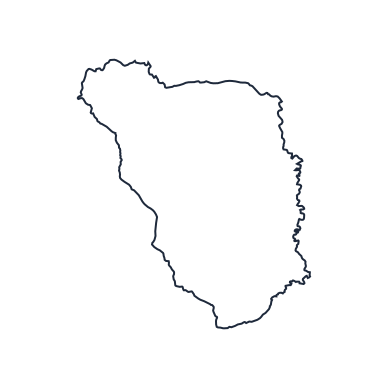 outline of Luro, Lautém, East Timor, rotated 18°
{"feature_id": "22284137B78720484995027", "entity_name": "Luro", "entity_type": "district", "adm_level": 2, "iso_a3": "TLS", "parent_name": "East Timor", "parent_adm1": "Lautém", "projection": "albers", "projection_center": [126.805, -8.55], "detail": "fine", "context": "isolated", "style": "outline", "palette": "slate", "viewbox_px": 384, "rotation_deg": 18, "n_neighbors": 0, "source": "geoboundaries", "source_scale": "gbopen_adm2", "svg_char_len": 5990}
<svg xmlns="http://www.w3.org/2000/svg" viewBox="0 0 384 384"><g transform="rotate(18 192 192)"><path d="M214.7,288.0L215.9,287.4L216.7,287.4L218.8,288.1L219.7,288.1L222.2,286.7L222.8,286.7L225.4,288.7L226.3,289.9L230.9,291.4L233.3,291.9L237.3,292.1L244.0,293.1L244.7,293.5L246.2,293.3L248.0,294.4L248.5,295.5L248.7,298.1L249.3,299.1L252.3,302.5L252.9,302.9L254.2,303.0L254.7,303.8L254.5,305.9L254.7,307.3L255.9,310.6L257.2,312.6L258.5,312.8L260.9,312.2L263.7,312.0L264.7,311.7L268.0,310.4L269.2,308.7L271.3,308.4L274.4,306.0L276.5,303.8L280.0,301.8L280.7,300.8L282.0,299.5L282.7,299.4L284.0,299.9L286.5,297.5L288.9,297.0L293.7,293.3L295.6,291.0L296.4,289.4L297.3,286.7L299.3,284.3L301.4,279.6L301.6,277.4L301.3,276.6L301.6,276.0L301.8,274.7L301.3,271.6L301.5,270.0L300.8,269.9L300.3,269.1L300.9,267.4L302.6,265.6L304.5,265.2L304.1,264.3L304.4,263.6L305.4,262.8L305.3,262.0L306.3,260.9L308.0,260.2L309.7,260.4L309.9,259.7L311.0,258.3L310.6,257.6L310.6,256.4L311.4,254.9L311.1,254.0L310.2,253.1L310.0,252.3L313.2,250.5L314.6,250.1L314.8,249.4L314.9,248.5L313.1,247.9L312.9,247.0L313.4,246.5L314.0,246.2L314.8,246.2L315.4,244.9L317.0,245.0L318.6,245.5L319.1,245.0L321.5,244.2L322.2,244.7L322.5,245.6L326.6,245.0L327.1,244.0L326.6,243.1L324.5,241.3L324.4,240.3L326.2,237.0L327.0,236.3L328.7,238.0L329.9,236.9L330.4,235.8L329.6,234.9L328.9,231.9L327.0,232.2L324.9,231.6L323.4,231.7L322.9,231.4L322.7,230.4L323.3,227.9L323.2,227.2L321.8,224.8L321.5,223.2L320.4,222.3L317.9,221.5L316.8,220.6L315.8,219.1L313.0,217.8L311.4,216.6L309.1,216.1L308.5,215.5L308.3,213.9L308.8,211.6L308.4,211.0L308.2,210.1L309.1,208.5L308.6,205.7L308.0,205.3L305.7,206.7L304.9,207.0L304.4,206.8L304.8,205.1L304.1,204.6L303.2,204.6L302.5,204.2L302.0,203.1L302.0,201.9L302.4,201.0L303.7,200.6L304.1,199.9L304.0,198.9L305.3,197.7L305.3,196.8L304.6,196.6L302.4,197.7L301.7,197.3L301.8,196.3L302.2,195.7L303.3,195.0L306.1,194.8L306.3,193.1L305.6,192.1L304.8,191.6L303.0,191.8L302.4,190.8L302.5,187.9L302.2,185.1L302.4,184.5L304.3,184.7L305.5,184.4L306.2,184.0L306.6,183.3L306.6,182.2L305.8,179.1L305.2,178.4L303.8,178.1L302.7,178.5L301.9,178.4L301.0,176.1L300.4,175.7L300.9,175.1L303.3,174.1L303.9,173.3L303.6,172.7L302.9,172.1L301.1,171.3L300.3,171.4L297.9,172.4L296.0,172.0L296.3,170.5L296.7,169.5L297.0,167.5L296.6,166.9L295.1,166.9L293.9,165.9L293.5,164.1L292.9,163.2L292.9,162.5L294.2,160.8L294.5,159.8L294.6,159.1L294.2,158.2L293.2,157.1L293.3,156.1L294.1,155.3L294.1,152.8L293.7,152.2L292.4,151.8L289.5,152.2L289.4,150.8L290.2,147.7L290.0,146.9L288.8,146.4L286.7,144.7L286.8,143.9L289.1,143.5L289.0,142.7L287.9,142.0L288.0,141.3L288.6,141.0L289.0,140.1L288.8,139.5L287.9,138.5L287.3,138.2L286.4,138.2L284.3,139.2L283.3,139.4L284.3,137.3L286.9,136.7L287.6,136.3L287.7,135.5L287.3,134.7L287.5,133.5L287.1,133.0L286.2,132.8L284.4,133.0L283.2,132.8L286.4,129.1L287.4,128.5L287.2,127.9L285.9,126.9L284.0,126.9L283.0,126.6L281.0,125.3L280.1,125.1L279.3,125.4L278.3,126.2L277.1,129.2L276.1,129.1L275.7,128.2L276.0,126.7L275.2,124.5L271.7,125.2L271.0,124.9L269.6,123.0L269.0,122.7L265.9,123.2L265.1,122.2L264.8,121.0L264.9,120.0L264.4,118.4L264.4,116.3L264.0,114.7L262.7,113.3L260.8,112.6L260.1,110.5L259.8,108.3L259.4,107.1L255.9,103.9L254.4,102.2L254.6,101.2L256.1,99.5L256.5,97.6L256.2,96.8L255.3,95.5L250.8,92.8L249.4,90.7L249.1,89.3L249.5,88.0L250.0,87.4L251.3,86.7L252.0,85.8L251.7,85.0L249.3,83.5L247.9,81.9L247.6,81.2L247.4,80.6L247.9,79.6L248.7,79.3L249.5,78.2L246.4,75.9L244.0,74.7L242.3,74.9L240.1,76.1L238.4,76.4L236.8,76.2L235.2,75.3L234.2,75.5L233.1,74.5L232.2,74.7L230.5,76.7L229.6,77.4L228.0,78.1L227.3,78.2L225.6,77.7L216.8,72.7L215.3,72.5L214.0,72.6L212.8,71.7L211.7,71.2L208.8,71.5L204.7,72.8L199.0,73.4L196.0,74.0L193.3,74.7L189.5,76.3L183.0,80.5L178.8,82.0L176.1,82.5L171.3,82.3L169.7,83.8L166.6,85.2L165.7,85.4L164.8,84.9L163.8,84.7L162.0,85.6L160.2,86.8L154.8,88.7L152.3,90.1L150.2,92.0L147.0,94.3L144.0,96.0L142.3,96.5L140.9,98.0L135.5,100.8L134.1,100.7L132.7,98.2L130.4,97.1L129.5,97.8L127.9,98.3L126.4,98.0L125.5,96.9L124.9,95.6L121.8,92.9L121.4,93.3L121.3,94.4L120.6,95.1L117.6,92.7L115.8,93.2L115.0,92.8L113.7,91.1L112.9,88.2L113.1,87.4L113.8,86.0L113.8,85.1L110.4,82.4L110.5,83.9L110.2,84.8L109.5,85.6L108.7,85.7L107.8,85.3L106.8,84.1L103.3,85.7L99.4,86.2L98.6,86.2L97.2,84.9L95.6,87.3L93.0,89.0L91.6,90.9L89.1,92.7L87.4,92.6L84.0,90.9L79.4,90.1L77.3,90.2L73.6,91.7L73.1,92.2L72.6,94.6L71.0,96.0L70.0,97.6L69.9,99.2L70.1,101.1L69.5,103.4L68.9,104.0L67.7,104.0L66.3,103.0L65.6,103.1L63.0,104.7L63.0,107.0L61.9,107.3L58.6,106.6L56.4,106.6L55.6,107.0L54.5,109.4L54.3,111.0L54.8,114.7L54.8,118.1L54.6,120.2L53.7,121.7L53.6,122.5L55.8,126.9L55.8,128.3L55.4,130.3L55.4,131.6L57.0,133.5L57.0,134.4L55.0,136.1L54.4,137.1L54.3,137.8L54.6,138.4L55.3,138.6L57.4,137.0L58.7,136.7L60.0,137.2L63.6,140.4L66.1,141.1L68.3,140.8L70.9,143.3L71.1,147.7L71.6,148.2L72.7,148.3L73.7,147.8L76.2,150.7L79.0,152.0L80.1,153.7L80.6,154.0L82.3,154.3L83.7,155.2L85.0,155.1L90.7,156.3L96.8,159.1L98.6,159.6L101.0,159.6L101.2,160.5L102.3,161.6L102.7,163.8L103.5,166.3L105.3,168.3L108.0,170.1L108.9,172.4L110.1,173.1L111.0,174.7L111.3,176.3L112.0,177.2L112.3,179.2L113.1,179.9L113.4,181.8L114.8,182.6L115.3,183.3L114.8,185.5L115.7,187.7L115.1,190.9L115.8,192.5L116.0,194.2L117.3,195.8L118.2,197.8L118.5,199.4L119.3,200.9L121.1,202.0L124.7,203.2L129.9,204.5L132.2,206.0L133.8,208.1L136.4,208.3L142.4,211.5L147.7,216.3L149.4,217.5L150.8,218.3L154.7,219.9L157.8,220.5L160.4,221.4L162.2,222.4L164.7,224.5L166.5,226.6L167.4,232.3L169.2,240.7L170.9,245.1L171.1,249.2L170.6,251.4L170.0,252.6L170.2,254.3L173.1,256.0L176.8,257.1L179.4,257.4L183.3,258.9L183.8,259.4L184.9,261.6L186.1,263.2L187.0,265.0L188.6,265.6L191.2,265.0L191.9,266.3L192.4,268.4L193.2,269.1L195.0,270.1L196.9,271.9L199.3,273.3L199.8,274.0L200.3,275.7L200.1,277.3L200.2,278.1L201.7,280.9L202.7,281.6L203.3,282.3L204.9,285.8L205.4,286.2L206.6,286.3L209.6,286.0L211.8,285.0L212.4,285.2L214.0,287.6L214.7,288.0Z" fill="none" stroke="#1e293b" stroke-width="2"/></g></svg>